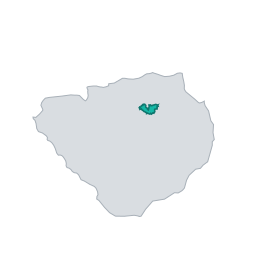 location of Tupambaé, Cerro Largo, Uruguay, rotated 310°
{"feature_id": "84410073B70761357527", "entity_name": "Tupambaé", "entity_type": "district", "adm_level": 2, "iso_a3": "URY", "parent_name": "Uruguay", "parent_adm1": "Cerro Largo", "projection": "mercator", "projection_center": [-54.805, -32.631], "detail": "fine", "context": "in_parent", "style": "filled", "palette": "teal", "viewbox_px": 256, "rotation_deg": 310, "n_neighbors": 0, "source": "geoboundaries", "source_scale": "gbopen_adm2", "svg_char_len": 4948}
<svg xmlns="http://www.w3.org/2000/svg" viewBox="0 0 256 256"><g transform="rotate(310 128 128)"><path d="M197.6,169.1L196.2,170.4L194.6,172.8L192.9,178.7L186.8,186.8L185.6,191.3L179.1,196.1L174.6,201.5L171.6,201.4L168.9,203.7L153.4,210.7L147.8,209.4L143.7,209.4L139.9,206.3L131.1,205.2L125.7,206.4L118.3,209.8L116.1,209.8L114.5,209.6L110.5,208.2L108.3,205.2L97.0,201.7L87.9,193.9L77.2,193.7L68.9,194.7L67.6,193.7L66.8,191.7L65.1,188.8L58.0,181.9L52.4,175.0L51.3,168.3L52.1,161.0L53.8,152.4L53.5,149.7L55.6,148.2L57.6,147.9L59.6,145.7L61.3,142.3L61.6,139.8L60.3,135.1L59.3,128.6L58.2,125.3L60.4,120.2L60.5,117.7L59.2,115.5L58.9,113.3L59.5,111.0L59.4,108.8L58.5,106.7L59.2,104.9L61.2,103.5L62.8,101.4L63.8,98.5L64.3,96.4L64.3,94.9L63.7,93.4L62.4,92.1L63.0,89.5L65.5,85.5L67.1,82.0L67.8,78.9L67.7,76.4L66.9,74.6L67.3,73.3L68.8,72.6L69.5,70.6L69.2,65.7L67.7,61.7L68.9,58.5L72.3,54.7L74.1,51.8L74.2,49.5L75.3,48.2L76.9,50.6L81.8,51.3L86.7,51.4L87.5,50.7L89.4,46.7L91.9,45.6L94.7,45.3L97.7,45.5L100.9,48.1L110.0,56.9L116.6,62.9L118.7,65.8L120.4,67.9L121.7,69.9L121.2,75.1L121.3,77.4L121.6,78.1L123.1,78.1L125.4,77.7L127.3,76.6L128.7,75.0L130.2,73.6L131.4,72.9L131.8,71.8L132.5,70.6L133.2,70.4L134.5,71.2L137.6,74.2L140.0,77.0L140.6,78.5L141.5,80.2L142.5,81.6L143.2,83.0L145.6,84.8L147.9,86.0L149.5,84.8L153.6,88.6L162.5,91.8L164.1,93.7L165.6,96.4L168.7,100.6L173.1,104.3L176.5,105.9L179.8,106.8L181.7,107.6L183.0,109.1L185.0,110.6L186.3,111.2L186.7,112.6L188.0,115.6L189.4,119.4L190.9,123.0L194.2,126.4L197.8,129.1L201.6,130.6L203.7,132.5L204.7,134.4L202.1,137.3L199.3,141.0L196.9,143.8L194.3,145.8L193.5,147.2L192.9,149.3L193.0,160.7L192.8,165.0L192.9,166.1L193.3,166.9L194.9,168.0L196.8,168.9L197.6,169.1Z" fill="#d9dde1" stroke="#a8b0b8" stroke-width="1"/><path d="M155.9,138.3L156.2,138.2L156.3,138.2L156.8,138.3L157.0,138.2L157.3,138.1L157.4,137.9L157.5,137.9L157.8,138.0L158.0,137.9L158.1,137.7L158.4,137.4L158.5,137.2L158.8,136.8L158.9,136.7L159.5,136.4L159.7,136.5L159.9,136.5L160.0,136.6L160.1,136.8L160.2,137.0L160.5,137.3L160.8,137.4L161.0,137.4L161.0,137.5L160.9,137.5L161.0,137.7L161.1,137.9L161.2,138.0L161.3,138.1L161.6,137.8L161.6,137.7L161.8,137.6L162.0,137.5L162.2,137.4L162.3,137.4L162.4,137.2L162.5,137.2L162.7,136.9L162.8,136.7L163.0,136.5L163.5,136.4L163.8,136.6L163.9,136.8L164.0,136.8L164.1,137.0L164.2,136.8L164.2,136.7L164.3,136.6L164.5,136.5L164.6,136.4L164.7,136.2L164.7,135.9L164.8,135.9L164.5,135.7L164.3,135.2L164.2,135.0L164.1,134.7L164.1,134.4L164.1,134.2L163.9,134.0L163.7,133.9L163.3,133.6L163.1,133.5L162.9,133.4L162.6,133.3L162.3,133.2L162.2,133.1L162.1,132.8L162.0,132.7L161.8,132.7L161.7,132.5L161.4,132.5L161.1,132.2L160.9,132.2L160.7,132.2L160.4,132.0L160.4,131.9L160.4,131.7L160.3,131.3L160.2,131.2L159.9,131.2L160.0,130.9L159.9,130.8L159.8,130.7L160.0,130.6L160.1,130.4L159.9,130.3L159.8,130.2L159.5,129.7L159.2,129.3L159.1,129.2L159.0,129.3L158.5,130.0L158.3,130.2L158.0,130.5L157.7,130.6L157.2,130.7L157.1,130.8L156.9,131.0L156.6,131.2L156.4,131.2L156.3,131.3L156.0,131.4L155.9,131.4L155.7,131.7L155.3,131.7L155.0,131.8L154.8,131.9L154.8,131.7L154.9,131.4L155.0,131.4L155.0,131.1L155.0,130.9L155.0,130.5L155.4,130.1L155.5,130.1L155.6,129.8L155.6,129.6L155.4,129.2L155.3,128.8L155.3,128.6L155.3,128.3L155.3,128.2L155.5,128.1L155.6,127.9L155.8,127.8L155.9,127.7L156.1,127.6L156.3,127.5L156.5,127.3L156.7,127.2L156.8,127.0L156.7,126.7L156.8,126.3L157.0,125.9L157.0,125.7L156.8,125.4L156.7,125.1L156.6,124.9L156.3,124.7L156.3,124.8L156.1,124.6L155.9,124.5L155.9,124.4L155.8,124.6L155.7,124.8L155.6,124.7L155.4,124.5L155.3,124.8L155.2,124.8L154.7,124.8L154.4,124.6L154.3,124.4L154.2,124.2L153.8,124.2L153.7,124.2L153.5,123.9L153.4,123.9L153.3,124.0L153.2,124.2L152.6,124.2L151.9,123.8L151.8,123.6L151.7,123.4L151.4,123.5L151.2,123.5L151.2,123.8L151.0,123.7L151.0,123.8L151.0,124.0L150.9,124.0L150.8,123.9L150.7,123.9L150.7,124.0L150.7,124.3L150.5,124.5L150.4,124.5L150.2,124.6L150.2,124.8L150.1,125.0L149.9,125.2L150.1,125.3L150.3,125.3L150.5,125.4L150.6,125.6L150.8,125.9L151.0,125.9L151.2,126.0L150.9,126.2L150.9,126.4L150.9,126.6L151.0,126.9L150.9,127.0L150.8,127.3L150.8,127.7L150.8,127.9L150.9,128.0L151.0,128.1L151.2,128.3L151.1,128.5L151.1,128.8L151.1,129.0L150.9,129.4L150.9,129.7L150.9,129.8L151.0,129.9L151.2,130.3L151.3,130.5L151.4,130.9L151.4,131.1L151.2,131.3L151.2,131.5L151.3,131.6L151.5,131.6L151.6,131.8L151.5,132.0L151.4,132.1L151.4,132.3L151.5,132.4L151.7,132.5L151.8,132.7L151.9,132.9L151.9,133.0L151.7,133.1L151.4,133.2L151.6,133.3L151.9,133.4L152.0,133.5L152.1,133.8L152.0,134.0L152.2,134.4L152.3,134.6L152.3,134.8L152.4,135.0L152.4,135.3L152.5,135.6L152.9,135.9L153.1,136.0L153.3,136.0L153.2,136.1L153.3,136.3L153.5,136.5L153.6,136.8L153.7,136.7L153.9,136.6L154.0,136.6L154.2,136.8L154.5,137.1L154.7,137.4L154.8,137.4L155.1,137.3L155.3,137.2L155.5,137.2L155.8,137.4L155.9,137.5L156.0,137.6L155.9,137.8L155.8,138.0L155.9,138.3Z" fill="#14b8a6" stroke="#0f766e" stroke-width="1.5"/></g></svg>